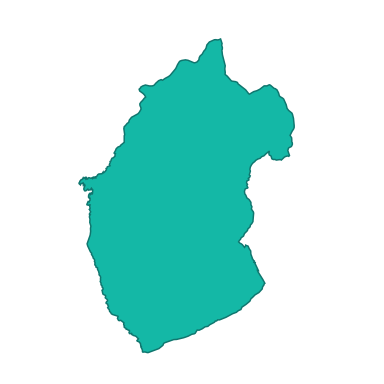 El Castillo, Meta, Colombia (Robinson projection), rotated 67°
{"feature_id": "7082276B77029977474757", "entity_name": "El Castillo", "entity_type": "district", "adm_level": 2, "iso_a3": "COL", "parent_name": "Colombia", "parent_adm1": "Meta", "projection": "robinson", "projection_center": [-73.882, 3.627], "detail": "fine", "context": "isolated", "style": "filled", "palette": "teal", "viewbox_px": 384, "rotation_deg": 67, "n_neighbors": 0, "source": "geoboundaries", "source_scale": "gbopen_adm2", "svg_char_len": 6057}
<svg xmlns="http://www.w3.org/2000/svg" viewBox="0 0 384 384"><g transform="rotate(67 192 192)"><path d="M62.3,105.9L62.3,107.9L61.8,109.6L61.2,110.3L60.6,111.9L60.7,117.4L62.4,120.8L65.1,122.9L66.2,124.4L66.9,126.0L69.1,128.8L69.9,131.3L71.0,132.7L73.1,134.1L74.2,136.4L74.3,137.3L74.1,139.2L73.6,139.9L69.2,144.2L67.8,146.4L66.9,150.0L66.8,151.8L67.1,152.7L69.0,155.4L71.9,158.6L72.7,160.0L76.1,166.6L76.6,168.7L76.9,172.2L77.6,175.5L76.5,176.5L76.5,179.3L77.7,182.8L78.9,185.1L78.9,186.9L77.9,189.5L75.3,193.1L75.1,196.0L75.5,198.4L76.2,198.8L76.7,200.5L78.6,200.7L82.1,198.6L84.2,197.8L86.5,197.6L87.1,199.4L88.4,201.7L89.4,204.1L90.5,205.6L92.1,206.1L94.5,206.1L96.0,206.7L98.1,209.5L98.9,211.2L99.6,218.5L101.3,221.6L103.2,223.1L103.5,224.8L104.8,227.3L105.4,228.9L107.1,230.0L112.7,231.5L113.3,231.8L113.7,232.4L119.8,235.0L121.1,239.5L121.7,240.0L121.7,242.7L122.5,244.8L124.2,246.5L125.6,248.4L125.9,248.5L126.8,247.5L127.8,248.5L128.7,248.7L129.1,249.1L129.8,251.5L129.6,252.3L130.5,253.6L131.7,254.3L131.9,255.5L132.9,255.7L134.3,257.3L135.8,257.2L135.7,260.1L136.8,261.0L136.8,261.9L137.8,262.0L138.3,262.4L139.2,264.1L139.8,265.9L139.7,266.3L139.0,266.1L140.0,267.7L139.0,270.8L139.2,271.9L140.4,273.7L140.3,274.8L141.5,275.0L141.2,275.7L140.2,275.7L140.2,276.4L140.8,276.8L140.6,277.5L140.9,278.3L140.7,278.4L139.8,277.7L139.9,279.6L138.5,281.3L138.6,282.2L139.2,282.9L139.2,283.3L138.6,283.8L138.9,284.7L138.2,284.9L137.9,284.7L137.9,283.7L137.6,283.5L137.0,283.7L136.8,284.7L137.1,286.0L137.1,286.3L136.3,286.5L137.3,287.7L137.5,288.2L137.3,289.1L138.3,291.1L139.1,291.7L139.6,292.5L140.2,292.7L141.9,291.9L140.8,290.9L141.3,289.5L141.0,288.7L141.4,288.6L141.9,289.2L142.8,288.2L143.3,288.9L143.4,288.0L144.5,288.1L144.9,289.2L145.6,289.3L146.2,290.0L147.3,290.5L148.9,290.4L149.3,289.8L149.4,288.9L148.6,286.9L148.8,286.6L149.8,286.6L150.1,285.4L150.0,284.2L149.2,283.1L150.2,282.9L150.7,283.5L150.9,282.7L151.3,282.5L154.8,284.4L154.8,284.8L153.5,285.0L153.7,286.0L154.6,286.4L154.8,286.8L154.3,287.1L153.5,286.9L153.8,287.6L154.6,288.4L156.1,289.2L156.5,288.8L156.6,289.2L157.6,289.0L158.0,288.3L160.0,289.3L160.2,290.1L160.9,290.5L160.2,291.4L162.3,293.6L162.9,293.6L163.9,292.1L163.8,291.0L164.1,290.8L164.8,291.7L167.2,292.1L167.8,293.2L168.1,292.9L168.9,293.2L170.7,293.0L172.1,295.0L172.8,295.2L173.2,294.6L174.0,295.6L174.9,296.2L177.1,296.5L180.1,298.0L183.9,298.4L185.9,299.7L188.7,300.7L191.9,302.6L198.7,308.8L200.9,309.1L207.4,308.9L209.1,308.3L210.1,308.9L212.9,308.5L214.2,308.8L215.7,308.2L216.9,308.3L217.9,309.0L218.9,308.8L221.1,309.9L222.3,309.4L223.8,309.7L224.8,308.6L226.4,309.2L228.4,309.0L231.0,309.4L231.9,309.9L233.7,309.3L235.1,309.5L236.1,310.2L237.5,310.6L238.6,311.5L240.1,311.3L241.9,312.0L243.1,311.5L244.6,311.9L245.6,311.5L246.4,311.7L247.1,312.2L247.2,313.1L247.6,313.4L248.3,313.3L249.8,313.7L251.4,313.8L253.4,312.1L254.0,312.1L255.5,313.2L257.7,312.1L258.6,312.0L259.3,312.5L259.8,313.8L260.4,314.4L261.1,314.5L262.2,313.5L263.6,313.7L264.4,313.5L264.8,313.7L265.4,314.8L266.9,314.6L267.8,314.1L269.8,314.5L270.9,314.0L272.6,313.8L273.8,312.9L277.4,308.7L277.8,308.7L279.2,310.0L281.5,309.8L282.1,309.0L282.3,307.7L285.6,305.9L285.9,305.8L286.6,306.4L287.7,306.8L288.6,306.4L289.4,307.1L290.2,307.2L291.9,306.0L292.7,306.2L293.1,305.3L294.1,304.8L295.0,303.7L295.8,303.9L296.5,304.8L297.8,304.9L298.3,304.4L298.3,303.2L298.6,302.8L299.7,303.1L300.4,302.4L301.0,302.2L302.6,300.2L303.7,299.6L305.4,299.1L306.0,298.6L306.4,298.9L307.2,300.7L307.9,300.7L309.4,299.1L310.1,299.2L311.1,298.6L314.0,299.4L314.4,299.0L315.0,299.6L316.6,299.4L318.4,299.5L319.7,300.0L320.2,299.8L320.9,297.7L322.3,296.0L322.7,295.1L323.2,283.7L321.9,279.1L321.5,278.3L320.4,277.4L320.1,276.3L320.7,266.5L321.7,263.7L322.9,256.5L323.2,252.0L322.9,247.7L323.4,245.4L323.3,244.3L321.1,241.2L322.0,239.4L321.9,236.0L321.2,232.6L321.9,229.9L321.1,227.5L320.7,222.6L320.4,221.7L319.9,221.1L320.3,219.7L319.7,218.3L320.4,216.9L320.5,215.7L320.6,209.7L319.9,202.1L320.1,198.2L319.3,195.6L319.3,192.9L317.5,191.0L316.6,186.4L315.1,181.4L313.1,179.2L312.9,178.0L311.3,174.1L310.7,169.7L308.7,165.3L306.8,164.0L306.0,162.5L304.6,161.2L304.5,160.6L300.2,161.0L291.5,162.4L289.7,162.4L290.2,161.6L282.1,161.9L281.6,161.4L280.8,162.5L279.9,161.6L278.9,162.1L277.4,162.3L277.0,162.6L276.4,162.3L272.2,162.1L269.2,161.0L266.6,161.5L263.8,161.5L261.9,163.4L262.6,163.8L263.5,165.3L260.0,166.3L258.8,167.0L257.8,167.9L256.1,168.6L255.0,167.1L254.5,165.8L253.8,165.3L253.3,164.4L252.7,161.8L250.8,160.0L249.2,156.1L247.9,155.1L246.8,152.2L245.2,151.1L244.5,149.4L243.1,147.5L242.5,147.2L235.5,143.5L234.3,143.3L230.9,144.0L229.0,142.6L226.7,142.7L224.5,141.8L221.3,142.4L218.8,143.8L216.0,143.7L214.3,144.1L212.0,143.5L210.1,142.0L209.9,141.2L210.1,139.5L209.9,138.9L207.3,138.9L206.6,137.9L205.4,138.3L204.4,138.0L203.3,137.1L203.2,135.0L202.9,134.8L201.5,134.9L201.2,134.4L201.3,133.6L199.9,132.1L199.0,132.6L198.5,132.5L195.6,130.1L193.8,129.9L191.7,128.4L190.0,126.3L189.0,124.3L188.5,122.3L187.8,121.1L187.4,118.6L187.6,116.1L186.7,114.1L186.8,111.6L185.7,108.9L184.7,105.5L184.8,105.1L185.2,105.1L186.3,106.1L187.6,106.4L188.2,106.4L189.4,105.4L190.1,105.2L192.1,105.5L192.9,105.4L193.9,104.4L194.5,102.8L195.4,102.1L195.8,101.3L195.9,100.1L196.3,99.5L196.5,98.2L197.5,97.3L196.0,93.3L195.9,91.9L196.1,90.5L196.3,89.6L197.0,89.0L196.5,88.0L191.2,87.6L189.4,86.1L189.1,85.4L189.0,83.0L188.5,82.1L187.2,80.9L186.0,80.5L184.1,80.4L183.6,80.0L181.0,79.1L178.2,79.6L175.2,76.1L173.6,73.7L172.4,72.7L170.8,72.0L163.8,69.8L160.0,69.2L158.4,69.2L154.6,71.2L152.2,71.8L148.5,71.2L142.3,71.3L141.0,71.9L138.7,73.6L137.6,74.0L134.5,73.6L131.1,73.9L129.4,75.0L128.6,76.0L124.3,78.1L123.5,79.0L123.6,81.6L122.5,84.1L123.9,89.5L124.1,92.7L123.7,96.0L124.4,100.9L123.7,101.4L118.9,102.7L110.6,107.3L108.9,107.4L107.5,108.7L105.6,111.8L105.0,112.4L99.1,114.3L96.9,115.5L96.4,115.5L95.0,114.7L91.5,113.7L88.8,112.1L77.7,110.4L72.9,109.0L72.4,108.3L70.9,107.6L68.5,107.3L67.1,106.3L62.3,105.9Z" fill="#14b8a6" stroke="#0f766e" stroke-width="1.5"/></g></svg>